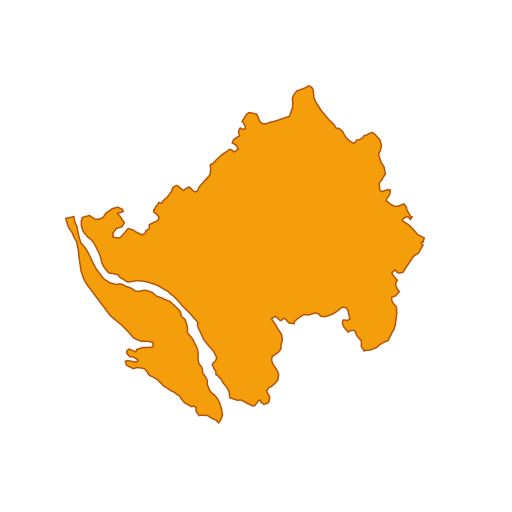 outline of Markz Bani Mazar, Al Minya, Egypt, rotated 141°
{"feature_id": "37247803B20583905741630", "entity_name": "Markz Bani Mazar", "entity_type": "district", "adm_level": 2, "iso_a3": "EGY", "parent_name": "Egypt", "parent_adm1": "Al Minya", "projection": "natural_earth1", "projection_center": [30.776, 28.515], "detail": "fine", "context": "isolated", "style": "filled", "palette": "amber", "viewbox_px": 512, "rotation_deg": 141, "n_neighbors": 0, "source": "geoboundaries", "source_scale": "gbopen_adm2", "svg_char_len": 6159}
<svg xmlns="http://www.w3.org/2000/svg" viewBox="0 0 512 512"><g transform="rotate(141 256 256)"><path d="M365.6,162.5L361.1,155.3L358.7,154.1L357.2,151.1L355.0,145.7L352.7,141.2L350.6,140.5L344.9,142.1L343.4,141.4L344.1,139.8L344.1,139.1L343.3,136.0L340.4,134.5L337.5,134.6L335.6,136.4L334.0,137.8L332.7,144.7L331.3,144.8L329.2,145.6L326.3,144.9L322.0,145.0L317.0,145.9L312.8,149.8L311.4,154.5L310.9,161.4L309.5,165.3L306.7,167.7L299.5,167.1L295.3,168.0L292.5,171.1L288.2,174.3L285.5,179.0L284.9,185.2L284.2,189.0L283.6,195.2L283.7,197.5L278.7,196.9L278.6,195.3L277.8,190.7L277.1,190.0L273.5,190.1L272.7,187.8L272.6,183.2L269.0,179.4L266.9,181.0L262.6,181.1L256.1,180.5L251.7,176.8L245.9,174.6L243.7,171.6L243.7,168.5L240.7,165.5L237.1,164.0L232.8,162.6L227.0,162.0L221.3,162.1L218.4,159.1L219.0,155.3L221.1,151.4L222.4,148.2L225.3,148.2L228.2,151.2L228.9,151.2L231.1,149.6L232.4,145.7L232.3,138.8L230.1,138.8L226.5,136.6L226.4,134.3L227.8,131.2L227.6,123.5L231.1,119.5L231.7,114.1L231.0,114.2L228.8,112.7L225.9,110.9L225.2,110.5L222.3,109.8L220.1,109.0L215.1,109.2L210.8,108.5L206.5,107.1L201.5,109.5L198.0,111.1L195.1,112.0L191.6,114.4L183.2,122.3L179.0,127.8L179.1,132.4L178.4,136.3L176.3,138.6L172.7,137.2L167.0,138.1L167.1,141.2L165.7,145.8L163.6,147.4L161.5,148.2L161.6,155.2L161.0,157.5L159.8,157.5L156.7,157.7L156.6,154.5L155.9,153.0L152.2,150.8L146.2,152.8L142.2,154.0L134.3,156.5L129.6,156.2L128.0,156.0L119.3,159.4L119.7,160.0L119.5,161.8L118.0,162.5L117.3,161.7L113.9,164.2L117.0,171.1L116.9,173.8L117.1,175.4L117.0,178.0L117.4,181.5L118.0,185.1L120.2,191.1L118.2,192.5L114.4,191.8L113.1,190.3L113.1,187.3L110.1,188.1L111.0,189.5L109.6,197.3L108.2,199.7L108.3,203.5L113.6,205.0L117.0,207.2L118.6,210.8L119.6,215.3L119.8,216.3L120.2,216.8L117.9,218.6L116.4,218.7L113.6,219.5L110.1,222.7L112.3,224.9L116.6,226.4L118.1,227.1L118.1,229.4L115.3,234.1L113.2,235.7L111.1,235.7L106.8,237.4L104.0,238.2L102.6,240.6L100.5,244.5L99.9,249.9L97.2,256.9L95.8,258.5L92.3,260.1L89.5,262.5L88.8,263.3L86.7,267.9L86.9,274.9L87.7,278.7L91.3,280.1L93.2,280.1L96.3,281.5L99.2,280.7L102.8,281.4L105.0,282.8L106.4,282.0L109.2,282.0L110.8,286.5L111.6,291.1L111.0,295.0L110.3,298.1L111.1,302.7L113.3,305.0L112.7,309.6L113.5,315.0L113.8,328.0L113.2,332.7L112.6,338.1L111.3,342.7L107.1,349.0L106.5,352.1L108.0,355.1L112.3,355.8L116.6,357.2L120.2,358.6L123.8,357.8L126.6,356.9L128.8,355.3L130.8,352.2L134.3,348.3L142.1,343.5L157.3,349.2L161.6,351.4L164.5,352.1L168.1,355.1L168.2,359.0L166.9,362.8L166.2,365.9L169.2,369.7L171.4,372.0L175.0,371.9L179.2,370.2L182.1,369.4L182.0,367.1L182.7,364.0L184.0,361.6L186.2,362.3L187.7,365.4L189.8,364.6L192.0,363.0L191.9,362.2L193.3,359.8L199.1,360.5L200.5,360.4L203.3,358.8L201.8,355.0L202.4,350.4L206.0,350.3L207.5,350.7L208.2,354.1L209.7,355.6L212.6,355.5L213.1,355.6L217.6,356.2L221.8,356.0L226.4,355.7L231.2,355.0L234.1,355.7L236.8,351.8L237.3,351.3L238.2,350.3L241.1,347.9L248.2,346.9L257.5,345.2L259.6,343.6L261.0,343.5L263.2,344.2L264.0,347.3L264.0,349.6L264.8,351.9L268.4,352.6L271.2,352.5L272.8,360.2L273.6,360.9L277.2,361.6L281.4,359.2L284.3,358.5L288.5,357.5L292.8,357.4L296.4,356.5L297.9,358.8L300.0,357.9L303.6,357.1L305.0,356.3L306.4,356.2L307.8,354.7L307.0,351.6L306.9,347.0L309.8,345.4L319.1,347.5L321.9,344.3L325.5,345.0L327.6,343.4L330.5,344.1L331.2,344.1L334.2,350.2L335.0,353.2L338.0,357.8L347.2,356.0L350.8,355.9L355.2,360.4L353.1,363.6L347.4,365.2L341.6,363.1L337.4,364.7L336.8,372.4L336.9,376.3L333.3,374.8L331.1,374.1L330.5,376.4L332.7,381.0L337.8,383.2L345.7,383.8L350.6,382.1L355.0,383.5L357.9,385.8L358.6,388.1L359.9,392.2L366.8,395.3L367.5,394.5L369.7,393.2L372.7,389.4L374.4,385.3L374.9,382.3L374.8,376.5L374.0,373.5L373.7,370.5L373.9,367.7L374.8,362.9L376.1,357.4L377.7,352.6L380.0,347.8L381.1,343.5L381.2,339.0L381.2,336.2L380.2,334.3L378.5,332.8L376.9,330.5L375.4,328.8L375.0,327.1L375.2,324.9L373.7,321.1L372.4,317.1L371.0,315.8L367.3,313.5L364.7,312.3L361.2,309.1L358.8,306.8L355.5,302.2L353.0,298.5L350.5,294.1L349.7,291.5L347.8,286.6L346.5,283.4L346.5,280.4L345.6,278.3L345.0,273.8L344.7,268.8L344.6,262.6L343.4,252.7L343.3,247.1L343.0,243.9L343.0,240.9L344.8,239.3L346.1,236.3L348.8,225.5L349.3,222.5L349.2,213.2L348.9,208.9L349.8,204.8L350.2,202.5L351.6,200.9L353.4,200.0L355.8,199.8L357.2,199.7L358.4,199.1L358.7,197.8L359.5,195.0L359.8,191.5L361.8,189.1L361.0,186.8L360.9,184.0L360.7,181.4L361.4,178.4L361.3,172.4L361.9,169.1L362.8,166.7L364.6,163.9L365.6,162.5ZM372.8,401.3L380.2,404.9L382.8,398.9L383.9,394.5L384.2,390.0L385.8,384.2L386.4,380.0L390.3,372.5L393.8,367.3L401.5,354.2L404.5,345.7L405.3,340.7L406.8,301.3L403.8,286.9L403.7,284.6L402.9,276.9L402.7,269.3L399.7,263.2L396.8,260.2L393.1,257.2L390.9,254.1L391.6,251.8L393.7,250.2L395.9,251.7L401.7,256.2L407.5,258.4L408.2,257.6L410.3,257.5L411.1,259.8L413.3,263.6L416.2,263.5L417.6,262.0L417.5,257.4L414.6,254.3L413.0,249.0L415.9,248.9L421.8,255.7L423.9,256.4L425.3,252.6L422.3,245.7L418.7,244.2L415.7,241.2L413.5,238.2L413.5,234.0L414.1,231.3L413.3,229.0L411.8,225.9L410.3,221.4L409.4,212.1L408.7,211.4L407.1,205.3L404.9,200.7L404.8,198.4L403.3,195.4L404.0,193.0L403.9,186.9L400.8,179.3L398.7,178.5L397.9,175.5L400.0,173.9L400.6,169.3L400.6,167.7L399.1,167.0L394.0,162.5L392.5,157.9L390.3,153.3L390.1,149.9L385.9,151.1L381.8,153.9L381.7,153.9L381.3,155.0L379.7,157.8L378.7,159.6L377.8,162.0L376.6,165.0L375.7,169.6L375.7,173.5L376.6,177.7L376.5,181.0L375.9,182.9L374.6,187.0L372.2,189.7L371.6,192.5L371.1,195.9L371.1,198.5L370.2,199.8L368.8,202.0L368.0,204.4L368.1,207.6L367.3,210.0L364.8,213.7L362.6,216.3L360.8,218.9L359.1,223.5L358.4,227.6L357.4,231.9L357.5,237.5L357.4,239.9L355.4,242.0L353.2,245.7L351.7,249.6L351.1,251.8L352.0,256.1L350.3,259.1L349.7,261.8L350.8,270.2L351.5,274.7L353.8,278.9L356.1,283.4L358.8,287.9L359.5,292.8L362.4,297.7L364.2,299.6L369.1,302.1L371.7,304.4L372.4,307.0L373.9,310.8L375.9,313.6L377.4,317.2L379.0,319.8L382.9,322.1L384.1,324.0L386.6,327.4L388.7,334.2L388.6,338.8L388.3,346.5L387.2,352.4L385.0,361.2L384.2,365.5L383.7,368.6L383.7,372.3L383.8,376.6L381.9,381.4L378.4,388.4L376.8,391.0L375.7,395.1L374.7,397.9L373.4,400.1L372.8,401.3Z" fill="#f59e0b" stroke="#b45309" stroke-width="1.5"/></g></svg>